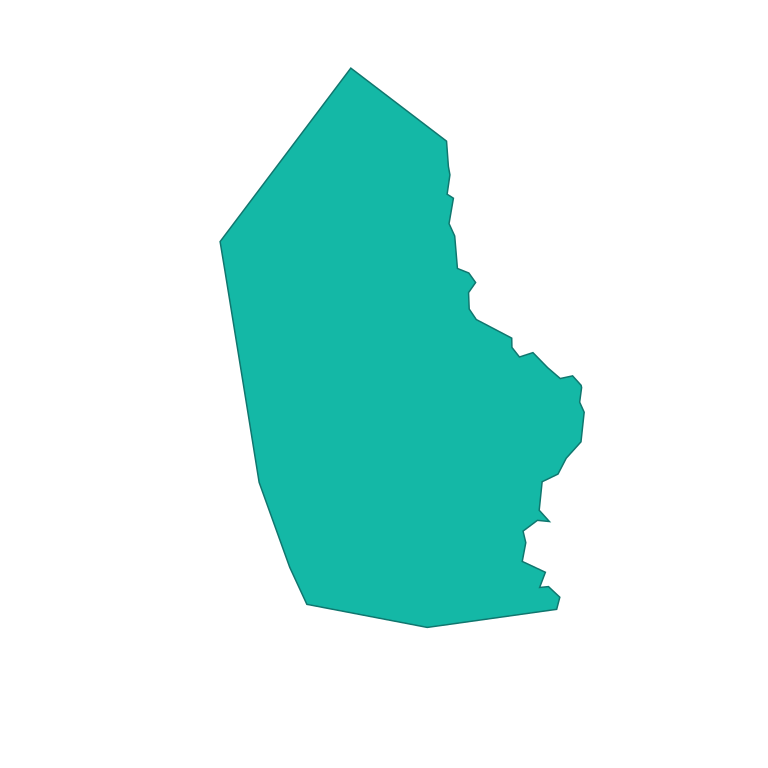 the district of Williamson, Texas, United States of America, rotated 237°
{"feature_id": "52423323B40503008253426", "entity_name": "Williamson", "entity_type": "district", "adm_level": 2, "iso_a3": "USA", "parent_name": "United States of America", "parent_adm1": "Texas", "projection": "orthographic", "projection_center": [-97.689, 30.655], "detail": "fine", "context": "isolated", "style": "filled", "palette": "teal", "viewbox_px": 768, "rotation_deg": 237, "n_neighbors": 0, "source": "geoboundaries", "source_scale": "gbopen_adm2", "svg_char_len": 747}
<svg xmlns="http://www.w3.org/2000/svg" viewBox="0 0 768 768"><g transform="rotate(237 384 384)"><path d="M553.6,568.7L667.0,528.2L592.7,324.1L564.8,311.9L440.0,256.9L369.5,225.7L281.6,205.1L241.2,199.3L156.3,287.7L101.0,406.1L109.4,415.3L124.5,411.6L128.6,403.7L138.2,416.8L159.9,403.3L173.7,416.5L184.9,420.5L186.1,438.4L178.6,447.8L193.6,445.4L215.9,463.4L213.7,480.9L222.5,496.4L228.2,517.7L251.3,536.5L262.2,538.2L273.4,547.8L275.6,548.6L288.1,546.6L292.6,534.8L308.7,530.1L329.2,526.0L332.9,512.3L345.0,511.2L352.9,516.1L387.8,496.5L400.5,496.3L414.6,504.7L419.2,516.1L430.9,515.6L440.9,508.5L469.6,523.9L483.1,525.9L502.0,543.4L508.8,540.3L523.5,553.2L531.4,556.5L553.6,568.7Z" fill="#14b8a6" stroke="#0f766e" stroke-width="1.5"/></g></svg>